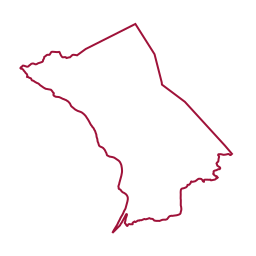 outline of Balfate, Colón, Honduras, rotated 264°
{"feature_id": "27666195B79832367470433", "entity_name": "Balfate", "entity_type": "district", "adm_level": 2, "iso_a3": "HND", "parent_name": "Honduras", "parent_adm1": "Colón", "projection": "equal_earth", "projection_center": [-86.341, 15.768], "detail": "fine", "context": "isolated", "style": "outline", "palette": "rose", "viewbox_px": 256, "rotation_deg": 264, "n_neighbors": 0, "source": "geoboundaries", "source_scale": "gbopen_adm2", "svg_char_len": 5541}
<svg xmlns="http://www.w3.org/2000/svg" viewBox="0 0 256 256"><g transform="rotate(264 128 128)"><path d="M91.4,228.7L100.3,222.6L148.1,187.3L167.6,166.3L169.9,166.3L198.6,162.1L230.7,146.2L211.0,94.2L205.6,84.9L205.9,84.2L206.5,81.6L206.5,80.9L206.4,80.3L205.6,79.3L204.8,78.2L204.4,77.7L204.4,77.3L204.3,75.9L204.0,74.3L204.2,73.9L204.9,73.5L205.0,73.1L205.1,72.6L205.1,71.9L205.1,70.8L205.2,70.3L205.8,69.7L206.9,69.1L207.8,68.7L209.0,68.3L209.7,68.1L210.5,67.9L210.9,67.4L210.8,66.7L210.9,65.3L211.7,61.0L211.7,60.2L211.6,59.8L211.4,59.5L209.3,57.9L209.1,57.7L209.0,57.2L209.2,55.9L209.2,55.4L209.1,55.0L208.9,54.5L208.1,53.5L207.5,52.2L207.3,52.1L206.4,51.9L205.0,51.1L204.6,50.7L204.0,50.6L203.5,50.4L202.9,49.9L202.8,49.7L202.7,49.5L202.3,48.0L201.9,45.8L201.7,45.1L201.1,43.9L201.0,43.2L201.0,42.8L201.1,42.4L201.6,41.5L202.0,40.6L202.1,39.6L202.0,38.9L201.9,38.5L201.1,37.4L200.5,36.3L199.7,35.4L199.6,35.0L199.5,34.5L199.5,34.2L199.6,33.7L200.7,31.3L201.0,30.3L201.0,29.9L200.9,29.6L200.3,29.2L200.0,28.9L199.8,28.5L199.7,28.0L199.3,27.6L199.1,27.4L198.8,27.3L198.6,27.5L198.3,27.6L198.2,27.8L197.9,28.8L197.1,29.8L196.6,30.1L196.1,30.2L195.1,31.0L193.8,31.8L193.3,32.0L192.7,32.6L192.0,33.1L191.4,33.2L190.9,33.4L189.9,33.1L189.4,32.9L189.2,33.1L189.3,33.7L189.2,34.0L188.3,35.0L187.6,36.5L187.2,36.8L185.9,37.2L185.4,37.5L184.8,39.0L183.9,39.9L183.2,40.9L182.5,41.8L181.9,43.0L181.7,43.3L181.2,43.9L179.4,45.4L179.1,45.9L178.3,46.8L177.6,47.6L176.8,48.5L176.2,49.5L175.8,49.8L175.6,50.2L175.2,51.7L174.9,52.6L174.5,54.1L174.1,55.3L173.9,55.5L173.7,55.7L172.6,56.4L172.2,56.7L171.0,57.2L170.5,57.8L169.8,57.8L168.9,57.3L168.6,57.3L168.3,57.4L167.3,58.2L167.2,58.4L167.0,59.0L166.6,59.5L166.4,60.6L166.1,62.1L165.8,63.0L165.2,64.1L164.0,65.9L163.6,66.6L163.5,67.1L163.2,67.4L162.7,68.4L162.1,69.5L161.2,70.5L160.6,71.3L159.3,72.2L158.5,72.8L156.7,73.4L155.9,73.7L155.3,74.1L153.8,75.6L151.9,77.4L150.3,79.7L149.7,81.0L148.9,82.7L148.1,83.9L147.3,84.7L146.6,85.4L145.9,86.0L144.3,87.2L143.5,87.6L142.7,88.0L140.8,89.0L139.7,89.5L138.6,90.0L136.3,90.9L134.9,91.5L134.1,92.1L132.6,92.8L132.0,93.4L130.8,94.0L130.0,94.2L128.6,94.9L127.8,95.1L126.3,95.4L124.9,95.8L123.4,95.8L122.0,95.9L120.5,96.3L117.6,96.4L116.6,96.8L115.4,97.0L113.5,97.4L112.7,98.1L112.0,99.2L111.6,100.0L110.7,101.2L109.1,102.3L108.4,102.7L106.4,103.4L105.2,103.9L103.4,104.2L103.0,104.4L101.8,106.2L101.4,106.9L101.3,107.5L100.6,109.8L99.9,111.3L96.7,115.1L95.9,115.8L95.0,116.4L94.0,116.8L92.5,117.3L91.6,117.5L88.7,117.7L85.9,117.6L84.3,117.3L82.6,116.8L81.0,116.3L74.1,113.6L73.3,113.4L71.4,112.5L70.6,112.3L70.1,112.5L69.6,112.5L69.0,112.4L68.4,112.6L68.0,113.1L67.7,113.7L67.4,114.0L66.9,114.4L65.9,114.9L65.3,115.4L64.7,115.9L63.8,117.4L63.3,118.0L62.4,119.0L61.2,119.8L60.5,120.1L59.6,120.4L58.5,120.5L56.9,120.3L54.9,119.7L50.0,117.8L48.7,117.3L47.7,116.8L45.8,115.4L43.9,114.4L42.2,113.3L39.7,111.4L37.7,110.2L35.0,108.4L33.1,107.3L28.1,103.4L25.3,101.5L27.0,103.7L30.7,108.2L31.5,109.3L32.1,109.9L32.5,110.2L33.3,110.7L34.4,111.7L35.5,112.5L37.7,114.0L40.0,115.6L41.9,116.8L42.3,117.1L42.5,117.4L42.4,117.7L42.2,117.9L41.5,117.8L40.2,117.2L39.7,117.0L38.3,116.3L36.6,115.9L35.6,115.5L35.1,115.4L34.8,115.2L34.5,115.0L34.3,114.9L33.6,115.0L32.6,115.8L31.7,116.1L30.7,116.9L30.7,117.0L30.9,117.4L31.4,117.7L31.9,118.0L32.1,118.4L32.3,118.8L32.3,119.3L32.1,119.8L32.0,120.6L31.9,121.7L31.8,122.1L31.8,122.4L32.0,122.6L32.8,122.6L33.1,122.7L33.7,123.4L34.2,124.5L34.3,124.8L34.2,124.9L33.7,125.4L33.7,125.6L33.8,126.0L34.5,127.3L35.0,128.5L34.9,128.7L34.7,129.2L34.7,129.4L34.7,129.5L35.1,130.2L34.9,131.3L34.9,131.8L35.8,134.7L35.7,135.0L35.4,135.8L35.4,136.2L35.4,136.8L35.6,137.4L35.6,138.0L36.0,139.3L36.1,139.8L35.4,141.0L35.3,141.4L35.2,142.3L34.8,143.2L34.5,143.5L33.4,144.3L33.2,144.5L32.7,146.3L32.3,149.7L32.5,150.4L32.9,151.8L33.1,152.6L33.1,153.2L33.1,153.9L32.9,155.5L33.0,156.4L33.2,157.1L33.3,157.4L33.6,157.7L35.4,159.4L35.8,160.0L36.0,160.5L36.2,161.9L36.0,162.7L36.1,165.9L36.1,166.9L36.3,168.4L36.7,170.0L37.0,170.6L37.3,171.0L37.7,171.3L39.3,171.8L40.5,172.3L41.3,172.5L42.0,172.6L44.0,172.6L45.6,172.4L46.5,172.5L50.8,173.0L52.5,173.0L56.4,173.5L58.1,173.6L59.5,173.8L60.8,174.1L61.2,174.3L61.6,174.6L62.0,175.1L62.2,175.7L62.2,176.5L62.4,177.7L62.8,179.1L63.0,179.7L64.1,180.9L65.2,181.3L65.2,181.5L65.2,182.8L65.3,183.1L66.7,184.5L67.9,185.0L68.1,185.2L68.2,185.4L68.1,185.6L67.8,186.3L67.7,186.7L67.8,187.2L68.0,189.1L68.6,190.3L69.7,192.0L70.1,192.9L70.0,194.4L69.8,195.0L69.6,195.6L68.5,196.5L67.6,196.8L67.3,196.9L66.8,197.4L66.6,197.8L66.9,198.0L68.0,198.0L68.4,198.4L68.5,198.8L68.6,199.2L68.5,200.1L68.3,201.6L68.1,202.9L68.0,203.4L68.0,203.7L68.1,204.1L68.1,204.4L68.0,204.6L67.4,204.9L67.3,205.1L67.3,205.4L67.4,206.8L67.5,207.5L67.6,209.0L68.3,210.2L68.7,211.1L69.1,211.8L69.3,212.0L69.4,211.9L69.6,211.0L69.7,210.8L70.1,210.9L70.4,211.0L70.5,211.3L70.8,211.1L71.2,210.1L71.7,209.3L73.0,208.2L73.3,208.0L73.6,208.0L73.8,208.1L73.8,208.4L74.0,208.5L75.5,208.5L76.0,208.7L76.2,208.9L76.5,209.7L76.7,210.5L76.7,211.0L76.9,211.8L77.5,213.2L77.6,213.5L77.5,213.8L77.5,214.8L78.0,215.3L78.4,215.4L78.5,215.5L78.9,215.4L79.3,215.2L79.6,214.8L80.4,213.9L81.2,212.9L81.5,212.8L82.5,212.7L83.3,212.3L83.6,212.4L84.3,212.9L85.1,214.1L85.4,214.3L85.7,214.4L88.0,214.9L89.8,215.6L90.6,215.4L91.6,214.8L92.2,215.0L92.3,215.2L92.4,215.3L92.3,217.3L91.9,218.7L91.4,219.9L91.3,221.5L91.4,223.0L91.5,223.6L91.6,224.2L91.6,225.4L91.4,225.7L90.6,226.5L90.4,227.0L90.5,227.5L91.4,228.7Z" fill="none" stroke="#9f1239" stroke-width="2"/></g></svg>